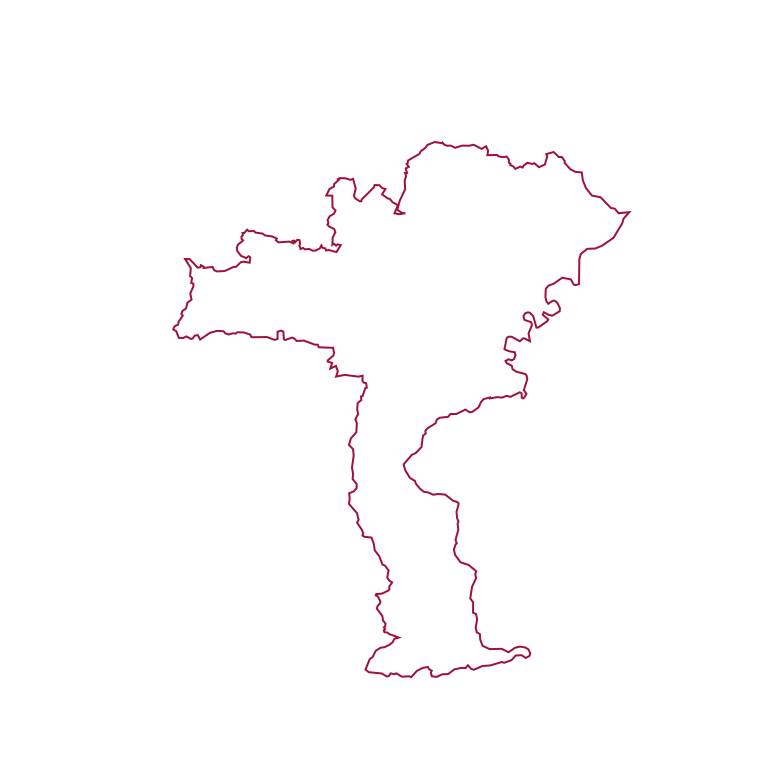 Kyaukse, Mandalay, Myanmar, rotated 110°
{"feature_id": "60261553B75007894173024", "entity_name": "Kyaukse", "entity_type": "district", "adm_level": 2, "iso_a3": "MMR", "parent_name": "Myanmar", "parent_adm1": "Mandalay", "projection": "mercator", "projection_center": [96.313, 21.579], "detail": "fine", "context": "isolated", "style": "outline", "palette": "rose", "viewbox_px": 768, "rotation_deg": 110, "n_neighbors": 0, "source": "geoboundaries", "source_scale": "gbopen_adm2", "svg_char_len": 6166}
<svg xmlns="http://www.w3.org/2000/svg" viewBox="0 0 768 768"><g transform="rotate(110 384 384)"><path d="M334.6,613.7L341.1,605.2L348.9,603.1L350.2,600.5L354.9,599.8L354.9,597.5L357.4,596.5L365.2,597.0L370.5,593.7L374.9,596.5L380.8,595.9L384.3,598.4L387.3,598.4L388.6,596.5L395.5,598.2L398.8,597.9L401.1,600.3L403.8,600.8L405.0,600.6L405.3,597.5L410.8,592.5L409.5,588.4L406.9,586.1L407.7,580.8L406.7,579.3L403.2,578.4L401.8,575.6L405.1,572.0L395.5,565.1L391.1,559.0L389.3,552.7L390.7,550.5L390.5,546.7L388.0,543.3L387.4,540.6L385.6,539.6L383.5,533.3L383.3,526.4L384.9,525.3L385.1,523.8L379.9,510.0L380.0,502.1L378.1,499.4L371.3,501.9L369.1,499.0L369.1,496.6L376.3,493.3L376.4,491.8L371.8,486.3L371.9,483.8L373.4,480.8L370.6,474.0L370.7,462.6L369.7,459.7L371.8,457.9L367.4,444.2L371.7,441.7L374.7,441.3L380.9,444.9L382.2,444.6L381.9,440.0L387.9,439.7L383.4,435.4L387.9,431.7L393.4,431.6L388.8,423.8L385.9,410.7L383.5,406.9L388.4,405.4L389.6,403.6L389.4,401.1L393.3,398.9L394.3,400.2L402.7,400.0L403.6,401.3L406.9,399.8L410.9,402.2L416.9,400.6L421.2,398.0L426.8,398.9L430.2,396.1L438.7,393.5L446.6,396.5L453.2,396.1L455.8,390.8L461.6,388.0L473.5,385.5L479.1,382.3L484.0,381.0L487.4,375.5L491.2,374.1L495.1,375.6L498.6,379.4L503.8,376.9L508.6,376.0L514.6,365.2L520.3,361.4L523.5,361.9L528.4,355.2L531.4,352.4L533.7,352.4L534.3,350.4L532.6,343.2L538.0,338.7L543.5,335.8L547.4,329.6L554.2,323.7L554.4,320.7L557.7,315.9L564.7,314.8L566.8,312.0L567.7,308.5L572.7,309.8L575.2,308.7L576.6,309.3L581.7,314.2L584.0,319.5L585.4,319.5L585.7,317.1L589.7,312.9L591.6,312.7L595.1,314.2L597.7,313.7L602.6,306.2L606.6,304.0L608.7,300.6L611.7,300.0L612.7,300.9L614.2,299.0L615.6,300.0L617.1,298.7L616.4,295.7L617.2,293.7L617.2,283.4L619.9,287.1L623.8,287.6L627.4,289.9L631.1,293.4L633.0,297.0L637.5,300.5L644.4,301.3L647.4,303.3L658.7,303.7L660.0,299.7L656.8,287.1L657.9,281.2L656.7,279.5L653.7,278.8L653.1,274.9L651.7,273.6L652.9,267.1L650.0,260.2L650.2,258.2L642.2,254.9L637.4,250.3L634.9,246.1L636.6,243.9L637.1,241.1L638.9,241.3L642.3,239.2L641.2,234.3L637.0,230.2L634.5,224.4L628.0,220.2L624.1,213.8L623.1,210.2L619.6,209.0L621.9,204.5L621.8,201.8L615.4,195.2L612.0,187.7L605.0,178.3L604.9,175.8L600.0,169.8L594.1,167.4L591.8,162.0L593.0,157.2L589.8,154.3L587.2,154.3L584.0,157.5L583.3,161.1L584.2,166.4L587.0,170.6L593.5,175.3L592.6,182.8L597.0,194.1L596.3,201.8L591.5,206.0L586.2,208.4L585.5,212.0L581.6,214.5L573.3,216.0L568.6,218.9L568.4,222.1L558.6,225.6L556.0,229.6L544.6,231.9L534.7,231.1L531.4,233.3L528.4,233.3L525.1,242.6L525.4,251.0L520.3,258.7L515.6,261.7L510.4,261.9L509.0,261.1L505.9,263.5L495.5,264.3L490.2,267.0L487.7,267.0L485.2,269.3L479.5,272.1L471.1,272.8L469.9,274.3L470.0,279.5L467.0,288.6L468.8,295.5L471.2,299.8L470.8,305.4L471.7,309.7L470.0,314.5L466.8,319.9L464.5,321.8L463.4,327.5L457.8,334.5L452.8,338.1L441.0,333.6L438.1,330.6L430.4,327.2L421.4,329.3L418.7,329.5L416.4,327.8L414.0,329.1L411.2,328.3L403.3,322.2L399.2,322.1L396.6,320.0L392.9,312.5L389.4,311.3L387.6,305.9L380.2,298.8L381.3,293.8L380.1,291.6L373.7,287.2L367.9,286.7L364.1,285.2L360.4,279.8L361.3,279.5L357.6,273.1L356.4,268.4L353.1,264.7L352.9,260.9L345.3,253.5L345.8,251.4L349.7,249.9L350.1,248.5L348.6,247.5L344.5,246.8L342.0,250.5L330.4,251.0L327.3,252.9L326.3,254.7L327.2,263.8L326.1,268.3L323.1,270.2L322.5,275.7L320.8,277.7L318.2,275.5L318.1,272.1L316.0,270.3L312.0,270.3L309.4,272.0L310.5,277.8L310.1,282.7L298.8,284.4L297.0,283.2L295.9,280.1L297.4,271.0L293.6,269.0L293.1,267.7L293.9,261.5L286.9,265.5L278.5,265.1L276.3,266.2L275.6,266.9L275.7,273.9L272.7,276.1L269.3,275.5L267.4,273.2L267.2,271.2L269.2,267.0L278.9,260.0L278.2,258.5L269.1,252.0L267.2,251.7L264.6,258.5L261.9,258.3L262.7,252.7L262.2,249.2L255.5,243.8L252.6,244.6L248.6,248.7L247.4,251.7L247.9,253.8L252.4,257.1L250.8,259.6L247.0,262.1L239.2,264.5L235.3,263.1L231.7,258.8L223.2,252.9L221.8,244.3L225.7,239.6L225.6,237.9L223.4,234.9L199.7,243.2L194.5,243.5L187.5,239.3L184.4,231.8L179.7,226.6L168.1,218.3L151.4,215.1L146.6,215.4L138.6,212.3L143.3,222.0L140.3,227.1L141.0,230.9L134.5,244.3L135.8,253.1L130.7,261.4L124.5,266.9L117.5,270.5L119.2,276.6L118.5,282.3L114.4,289.9L112.8,290.3L109.8,294.6L111.0,297.4L108.0,303.9L112.4,310.1L114.2,308.4L122.8,307.9L127.3,312.6L125.1,318.2L126.5,319.9L127.2,325.1L130.9,327.4L133.2,327.7L133.0,330.2L137.0,334.3L135.3,336.8L135.1,340.3L133.9,340.5L133.2,342.4L130.6,343.3L128.3,346.4L130.3,350.1L130.9,354.3L130.1,356.1L133.6,365.1L129.1,366.0L125.7,369.4L129.7,372.7L128.5,381.6L131.0,385.5L133.1,391.8L137.7,398.0L137.1,402.8L138.5,405.9L138.5,409.3L137.1,411.6L137.9,411.8L139.3,419.2L144.5,424.9L147.8,425.8L152.8,429.1L155.5,429.3L165.7,437.8L168.8,437.3L169.5,438.0L171.5,435.0L174.1,437.3L177.8,434.5L178.5,436.4L181.0,434.3L185.7,434.2L193.8,430.7L206.3,431.9L215.7,431.1L217.0,425.9L216.3,422.4L219.3,428.0L220.0,432.5L212.0,432.1L211.0,433.3L210.3,438.1L208.0,441.9L208.4,443.8L206.5,450.7L200.3,449.3L200.5,452.6L198.8,456.3L200.2,460.8L202.8,460.8L218.3,468.1L220.1,467.8L220.6,469.2L219.5,474.4L217.5,476.6L209.8,477.5L201.8,483.3L203.6,485.3L203.9,490.6L205.6,495.9L207.2,497.3L207.5,496.2L213.1,499.2L215.7,498.6L219.3,501.9L226.6,502.7L224.7,497.0L235.6,492.8L237.6,488.9L241.2,489.3L244.9,492.4L249.2,493.1L251.6,491.3L253.6,491.7L254.8,489.3L255.4,483.8L258.0,481.6L264.0,482.3L270.9,480.1L269.3,479.1L270.3,476.4L268.7,475.4L268.3,472.1L276.3,473.8L277.0,481.7L278.4,484.2L276.6,485.5L277.1,488.3L275.2,490.2L278.6,490.7L282.1,494.1L283.1,496.5L282.7,500.4L284.5,504.5L283.8,506.6L285.7,508.6L282.8,510.9L280.9,510.8L277.7,512.7L278.1,514.8L281.1,515.9L280.0,517.6L280.8,518.7L281.5,517.3L282.8,517.1L282.6,521.8L287.0,531.6L285.8,534.8L284.0,534.5L283.6,539.4L285.1,546.8L284.2,549.5L285.7,556.8L284.7,558.4L286.7,563.4L285.8,565.4L289.9,567.0L290.4,568.6L292.5,567.5L294.4,568.3L296.3,567.5L297.3,565.5L303.0,568.9L306.2,569.0L309.3,567.3L312.5,562.1L312.8,556.4L310.3,555.1L310.4,553.7L311.1,552.8L316.0,551.8L317.1,557.9L318.7,560.3L324.5,563.1L325.3,565.2L332.4,572.5L335.3,579.4L335.2,582.4L332.7,585.2L336.7,593.3L335.4,593.7L335.0,596.7L337.1,596.5L338.4,598.9L333.1,609.3L334.6,613.7Z" fill="none" stroke="#9f1239" stroke-width="2"/></g></svg>